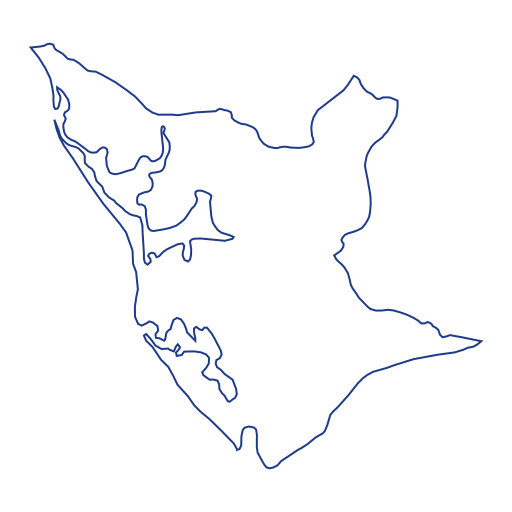 Etimbouè, Ogooué-Maritime, Gabon
{"feature_id": "22940354B22587364924270", "entity_name": "Etimbouè", "entity_type": "district", "adm_level": 2, "iso_a3": "GAB", "parent_name": "Gabon", "parent_adm1": "Ogooué-Maritime", "projection": "robinson", "projection_center": [9.502, -1.676], "detail": "fine", "context": "isolated", "style": "outline", "palette": "blue", "viewbox_px": 512, "rotation_deg": 0, "n_neighbors": 0, "source": "geoboundaries", "source_scale": "gbopen_adm2", "svg_char_len": 5996}
<svg xmlns="http://www.w3.org/2000/svg" viewBox="0 0 512 512"><path d="M481.3,341.2L463.1,337.5L449.9,335.1L446.9,336.3L442.7,337.3L440.1,334.9L438.2,329.7L435.7,327.7L432.8,326.1L431.3,323.7L427.7,322.0L424.8,323.4L421.3,323.4L418.2,320.7L413.9,318.0L407.1,314.8L401.3,312.7L393.8,310.5L388.3,309.8L382.0,310.5L375.9,310.6L370.4,309.0L367.7,306.8L358.9,297.7L356.4,293.7L352.7,288.5L350.8,284.8L349.7,279.6L348.0,273.3L344.4,267.4L341.6,264.3L338.4,261.5L336.1,259.0L334.2,255.4L341.1,250.5L343.3,246.9L343.6,243.6L342.3,242.1L341.4,240.0L342.2,238.2L344.8,234.9L348.4,233.2L353.6,231.8L357.9,230.1L361.9,228.0L364.7,224.8L367.4,220.5L369.2,216.7L370.1,211.5L370.7,204.0L370.5,196.9L369.7,191.3L367.6,179.4L365.0,166.3L365.2,163.4L366.7,156.0L368.0,152.9L371.4,146.9L373.3,144.6L376.2,141.9L379.4,139.7L382.6,137.0L384.3,134.6L387.1,131.8L392.6,123.1L396.4,115.9L397.4,108.6L397.6,105.0L397.5,100.7L393.9,99.0L389.3,97.4L383.0,97.4L379.9,98.9L377.3,98.9L375.0,97.5L372.7,94.9L370.1,93.1L367.1,91.8L363.7,88.4L360.9,84.2L359.4,80.0L357.1,77.4L353.8,75.8L347.4,85.5L343.5,90.3L317.8,110.2L313.6,117.2L311.9,122.9L311.3,128.2L312.0,135.7L313.0,138.2L313.8,142.0L312.3,144.3L309.4,146.1L306.6,146.9L299.6,147.9L291.0,147.6L285.9,146.7L282.7,146.8L279.4,147.4L277.4,148.1L274.2,147.9L268.9,146.8L265.5,144.9L263.5,143.5L260.9,140.4L259.2,137.8L257.2,131.8L255.3,129.0L252.0,126.8L245.7,124.4L241.5,123.9L238.2,122.5L234.5,120.5L231.8,117.7L231.8,115.0L230.7,112.1L227.2,110.5L225.3,110.3L220.2,108.8L217.9,109.6L215.8,111.2L196.0,112.4L178.1,115.2L172.6,114.7L158.3,114.7L152.1,112.4L145.8,108.1L141.5,103.2L134.9,96.4L126.6,90.1L115.3,82.2L101.2,74.3L95.5,71.6L90.8,71.3L87.8,70.6L85.4,68.8L79.2,63.3L75.4,60.9L73.6,59.9L70.2,59.4L67.7,58.7L62.7,53.8L56.4,50.1L54.7,48.5L53.2,44.7L49.8,43.7L46.3,44.5L44.4,45.7L40.4,46.5L30.7,47.5L38.8,57.7L45.5,68.5L50.3,78.4L52.4,88.1L53.5,95.6L53.4,100.6L53.9,106.6L55.2,109.0L57.4,108.6L58.6,106.6L60.5,98.8L60.1,96.0L57.3,90.2L57.1,87.3L60.6,89.7L63.2,92.3L68.0,99.4L69.3,104.3L69.2,107.8L68.5,109.8L66.7,111.3L65.1,112.2L64.1,114.1L64.1,115.4L65.2,117.4L65.7,118.9L64.6,121.9L63.4,124.0L63.3,126.8L64.1,131.7L65.2,134.5L67.7,137.6L70.8,139.6L75.6,141.6L86.1,149.4L88.1,151.2L91.5,152.6L94.0,152.6L96.7,152.2L99.5,149.3L102.6,147.4L105.2,147.7L107.0,149.4L107.6,152.6L106.1,157.9L106.8,165.7L109.3,171.9L110.7,173.1L113.6,174.0L116.1,174.2L120.6,173.1L126.3,171.2L132.2,169.6L134.5,168.4L138.9,159.7L140.6,157.3L143.0,156.2L144.8,156.2L147.5,156.9L149.8,159.5L151.2,160.9L152.9,161.3L155.0,161.0L160.0,158.1L161.8,155.3L162.8,152.5L163.2,148.6L161.4,132.3L161.4,129.9L161.8,126.9L162.9,126.3L164.0,126.8L164.8,128.2L164.6,129.7L163.7,132.0L163.7,133.5L169.3,142.3L169.8,146.7L169.6,150.0L168.8,152.7L165.4,159.9L164.9,164.9L163.7,168.1L162.2,170.2L160.1,171.5L155.2,172.5L151.4,172.9L149.5,174.1L149.1,175.3L150.0,177.4L151.8,179.5L152.6,182.5L152.6,186.2L150.9,189.8L148.7,191.4L143.9,192.5L139.1,194.4L137.4,197.1L137.1,199.6L137.3,203.0L138.6,204.5L141.7,204.5L144.7,206.2L145.9,209.5L145.9,214.6L147.6,225.4L148.6,228.4L151.0,230.6L153.8,231.0L163.3,229.4L170.1,227.9L176.3,225.6L180.4,222.7L184.1,219.6L186.6,216.4L191.7,208.6L194.5,206.0L196.5,202.2L197.1,198.9L195.4,194.8L195.5,192.0L197.4,190.7L201.4,190.7L204.5,191.7L208.9,193.7L211.3,195.7L210.8,199.0L210.0,201.7L211.3,216.2L212.9,222.9L215.3,226.7L217.8,230.1L221.7,232.8L230.2,235.4L233.6,237.0L232.5,238.8L224.9,240.8L200.9,238.5L194.3,238.7L191.7,239.5L190.0,241.4L191.2,249.3L191.0,255.3L190.1,259.4L188.0,261.5L184.4,259.8L182.7,255.6L182.9,252.0L183.8,248.9L184.1,245.5L182.5,243.5L178.1,244.1L169.8,247.9L166.5,249.6L162.7,252.3L159.2,256.2L156.6,257.2L154.6,253.5L151.9,252.7L149.4,253.7L148.1,255.9L150.4,259.1L150.7,261.9L147.6,264.6L144.9,262.6L143.9,258.5L143.9,253.3L142.6,232.5L142.4,225.4L140.2,217.5L136.9,216.1L133.1,215.3L130.1,214.3L125.5,211.3L122.1,207.8L116.1,203.1L114.3,200.7L109.0,197.4L104.4,192.6L102.3,186.8L96.5,180.9L95.0,176.2L94.2,172.2L91.9,168.8L88.9,167.0L85.0,163.1L84.7,159.8L84.8,155.9L83.3,153.1L78.5,148.4L75.6,147.0L71.5,145.9L68.7,144.9L66.2,143.2L61.8,138.7L60.1,135.7L58.5,129.9L54.3,119.7L56.6,129.1L59.6,137.6L64.0,145.7L73.2,158.8L88.3,182.6L103.6,204.1L119.8,223.8L126.1,232.5L132.5,250.5L133.1,263.8L136.1,272.0L137.9,289.3L136.3,297.0L134.9,306.7L135.0,316.7L138.1,323.9L141.8,325.6L146.9,323.1L149.3,321.4L152.7,322.4L157.4,326.0L158.2,330.6L155.5,334.2L155.9,337.8L159.5,338.3L164.2,340.7L165.1,339.6L166.4,332.7L168.3,330.5L170.6,329.0L171.9,324.4L173.4,320.1L176.9,317.9L181.1,319.5L184.1,323.9L186.1,328.8L187.1,332.4L195.3,340.8L195.3,338.0L194.1,332.9L194.0,328.5L196.2,326.9L199.8,329.5L202.3,330.1L204.3,327.7L207.0,327.7L211.8,333.7L214.5,338.4L220.8,350.6L221.6,354.6L219.8,358.2L216.4,360.1L215.7,363.8L217.1,367.2L220.7,369.7L224.6,374.0L232.6,379.7L236.1,388.9L236.8,394.2L235.0,398.0L232.9,399.2L229.7,401.7L227.9,401.3L224.5,395.7L221.9,393.1L219.4,388.9L219.1,384.2L217.5,380.6L213.0,379.5L209.6,379.7L203.5,375.3L202.2,372.3L206.2,367.8L208.8,363.5L209.0,357.8L206.2,354.5L201.1,352.4L194.5,351.4L184.2,351.6L181.7,355.0L176.7,355.9L176.0,352.5L178.4,350.1L180.1,347.3L177.8,344.3L175.8,346.8L173.9,351.4L169.9,349.9L168.1,348.6L161.5,349.0L155.5,345.6L150.7,339.0L146.2,334.0L143.9,335.6L146.2,340.7L152.7,347.2L161.0,359.7L168.3,366.9L173.0,375.4L177.5,384.7L187.9,396.2L194.3,405.4L200.3,411.5L209.7,419.3L222.0,431.4L233.9,443.6L236.9,449.1L237.0,449.9L239.5,449.0L241.2,445.5L241.4,436.4L242.7,430.1L244.4,427.8L248.7,426.5L253.8,427.5L256.1,429.5L256.9,434.7L256.8,446.8L257.6,452.6L262.6,461.8L264.3,464.6L266.3,467.2L269.3,468.3L273.0,467.6L277.4,465.4L281.4,460.9L297.6,450.1L301.3,448.1L306.7,444.7L315.7,437.4L322.8,433.3L324.9,431.0L327.2,425.4L330.3,415.0L332.9,411.7L337.8,407.1L348.7,394.9L357.7,383.5L363.2,377.9L367.7,374.7L373.1,371.8L387.1,367.8L394.5,365.1L413.4,359.2L437.1,354.8L454.7,352.4L463.2,349.8L467.6,347.8L473.3,346.7L477.4,344.4L481.3,341.2Z" fill="none" stroke="#1e3a8a" stroke-width="2"/></svg>